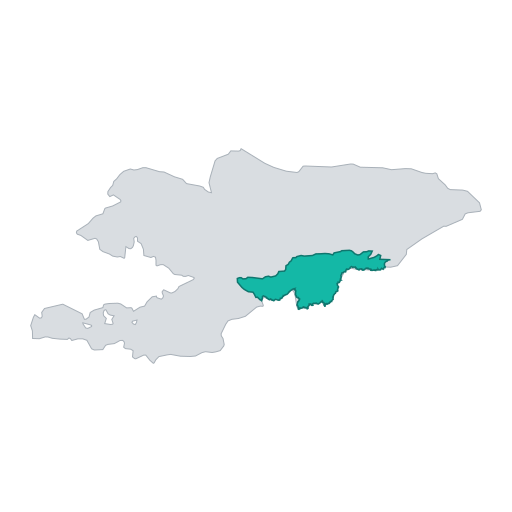 At-Bashy, Naryn, Kyrgyzstan shown in context
{"feature_id": "92254566B65067062849500", "entity_name": "At-Bashy", "entity_type": "district", "adm_level": 2, "iso_a3": "KGZ", "parent_name": "Kyrgyzstan", "parent_adm1": "Naryn", "projection": "orthographic", "projection_center": [76.301, 40.827], "detail": "fine", "context": "in_parent", "style": "filled", "palette": "teal", "viewbox_px": 512, "rotation_deg": 0, "n_neighbors": 0, "source": "geoboundaries", "source_scale": "gbopen_adm2", "svg_char_len": 9626}
<svg xmlns="http://www.w3.org/2000/svg" viewBox="0 0 512 512"><path d="M103.6,304.9L104.9,304.1L109.3,303.5L117.9,303.2L120.8,304.0L126.6,307.9L131.1,307.7L131.9,308.2L133.5,311.3L140.0,307.2L144.6,306.1L147.1,301.8L152.2,296.8L156.4,296.1L156.5,297.0L157.2,297.8L161.4,299.2L162.8,297.9L163.5,296.0L162.2,292.8L162.2,291.6L163.7,289.8L170.3,292.9L171.8,293.0L175.0,291.5L177.9,288.7L179.0,286.5L193.1,279.7L194.2,278.4L194.0,277.5L188.3,275.5L185.6,276.4L183.2,276.3L181.8,275.2L174.8,274.5L173.3,273.7L168.8,268.2L163.2,264.6L160.4,264.7L157.0,265.9L156.0,265.2L156.0,260.2L155.5,257.2L153.5,256.4L150.9,257.5L143.9,255.5L143.4,249.2L141.1,243.6L137.5,241.2L137.5,237.8L136.3,236.4L135.2,236.7L133.7,238.3L134.2,242.0L133.4,245.6L132.5,247.4L130.8,248.7L129.0,248.6L125.9,246.6L124.7,257.7L124.1,258.3L120.3,256.5L117.3,257.0L112.7,256.1L109.4,254.0L102.9,251.6L99.8,249.3L98.4,241.8L96.7,239.0L95.0,238.3L87.8,240.4L80.8,235.4L77.3,234.2L76.4,232.8L76.7,231.1L88.3,223.6L93.0,218.2L95.9,215.9L102.9,213.8L104.8,208.7L105.4,208.1L112.6,206.0L120.7,201.9L120.9,200.7L120.2,199.5L113.4,194.9L109.8,196.6L107.8,194.1L107.9,191.6L110.6,187.5L112.7,185.4L113.8,181.4L116.7,178.8L119.9,174.6L123.7,171.3L130.3,169.0L133.9,170.0L137.4,169.6L142.8,167.7L146.0,167.7L159.5,171.7L164.0,172.0L174.4,176.8L182.6,179.3L186.5,183.6L199.7,186.0L203.3,187.3L204.6,189.4L208.3,192.0L211.5,192.7L209.0,182.7L210.3,176.8L215.1,160.8L217.3,158.4L228.3,154.2L230.8,150.9L238.6,151.1L240.2,150.6L241.1,148.7L264.8,163.3L273.8,167.4L286.3,171.2L297.0,172.5L298.8,171.7L303.1,166.2L305.1,166.0L331.6,167.0L350.5,164.0L353.2,164.1L360.3,167.2L382.7,167.8L391.5,169.7L405.4,168.6L411.3,168.8L421.9,172.5L425.7,173.3L432.6,173.7L435.2,172.9L436.8,173.8L438.4,178.7L445.2,184.9L447.7,188.3L450.2,189.6L462.7,190.1L467.5,191.3L479.5,202.8L481.3,209.8L480.1,211.3L467.9,212.8L465.2,213.9L462.4,219.3L446.2,226.3L443.7,226.2L421.9,238.9L406.8,249.5L406.3,254.4L397.5,265.7L390.7,267.2L385.0,267.0L375.5,270.5L363.4,269.5L359.2,269.8L351.2,268.3L348.0,269.1L344.6,271.4L340.0,280.3L338.1,282.4L337.2,284.4L336.5,288.7L334.7,293.3L330.7,300.2L327.3,303.5L324.1,305.5L321.6,301.3L317.4,304.2L313.5,303.6L311.1,304.4L305.7,308.1L297.7,307.9L296.8,306.6L295.3,296.5L293.9,291.7L292.8,290.6L291.4,290.5L279.8,298.3L274.5,299.7L270.1,299.9L264.4,297.4L263.2,298.0L262.2,299.2L261.7,300.9L263.3,305.4L262.9,306.3L260.3,306.1L256.6,307.1L245.4,316.3L238.4,318.5L231.9,319.3L228.0,320.9L225.7,324.3L221.1,333.8L221.3,335.9L223.0,338.5L224.2,344.4L223.8,345.9L220.2,350.6L215.7,351.9L212.1,352.5L205.5,351.7L202.0,352.6L195.5,356.0L190.2,356.5L180.4,356.2L170.7,354.4L167.5,354.8L158.9,356.6L155.8,359.8L154.1,362.9L153.3,363.3L149.9,360.3L145.8,355.1L143.7,355.1L135.8,358.8L134.6,358.6L132.5,356.9L133.1,350.7L130.7,349.2L125.4,348.6L123.7,347.2L124.5,343.1L124.0,341.6L122.7,340.4L120.0,340.5L114.3,343.6L107.9,344.4L105.6,345.3L102.8,349.6L94.3,350.0L91.6,348.8L86.9,340.3L82.6,338.8L78.0,338.8L71.8,340.5L70.4,338.6L68.9,338.0L67.4,339.4L59.9,339.1L52.3,338.3L48.0,337.0L45.2,336.9L39.4,338.7L32.6,338.5L32.4,330.9L30.7,325.6L33.4,317.3L34.8,314.7L39.7,318.2L41.5,317.8L42.2,316.2L41.7,312.4L44.5,308.5L62.8,304.2L82.1,313.8L84.4,319.3L86.1,319.2L89.0,317.0L90.2,312.5L94.2,310.1L102.9,307.6L103.6,304.9ZM112.7,324.2L113.1,323.4L111.8,319.4L114.1,315.8L110.1,315.0L108.1,313.8L106.0,309.9L105.2,309.7L104.0,310.6L103.2,313.0L103.6,315.7L106.3,318.4L104.7,323.6L110.6,324.5L112.7,324.2ZM91.6,326.5L91.6,325.4L90.2,324.8L82.8,322.8L83.0,323.9L85.7,328.0L87.8,328.4L91.6,326.5ZM136.5,322.4L137.0,320.0L132.5,321.2L131.9,322.3L133.4,324.0L135.3,324.6L136.5,322.4Z" fill="#d9dde1" stroke="#a8b0b8" stroke-width="1"/><path d="M237.5,282.2L241.9,287.4L244.1,289.3L248.3,291.7L253.0,292.2L254.3,294.2L255.9,297.4L257.4,297.2L260.2,299.9L261.0,300.2L262.2,301.3L261.5,300.5L261.5,300.2L261.2,299.6L261.3,299.4L261.7,299.5L262.1,299.4L262.2,298.9L262.3,298.7L262.2,298.4L262.5,297.6L262.4,297.2L262.4,296.7L263.3,295.8L264.5,296.4L265.0,296.4L265.7,297.0L266.3,297.2L266.7,297.5L266.6,297.8L267.0,298.2L268.1,298.7L268.2,299.0L268.9,299.5L269.2,299.5L269.4,299.7L270.7,298.9L271.1,299.5L271.4,299.8L271.7,299.7L271.8,299.9L272.1,300.2L272.4,300.0L273.0,300.4L273.4,300.3L273.6,300.7L274.1,300.6L274.3,300.1L274.6,300.0L275.0,299.5L275.7,299.3L276.0,299.6L276.9,299.6L277.5,300.0L278.2,300.1L278.4,300.2L278.7,300.0L279.1,300.2L279.7,300.1L279.7,299.4L280.6,298.8L280.5,298.3L281.2,298.3L281.4,298.4L282.4,297.7L282.4,297.4L282.2,297.3L282.4,297.0L282.9,296.4L283.5,296.2L283.4,295.6L283.9,295.7L284.1,295.4L284.5,295.3L285.3,294.7L285.6,294.9L285.9,294.6L286.7,294.5L287.0,294.3L287.6,293.8L288.1,293.1L288.4,293.0L288.8,292.4L289.0,291.8L289.6,291.7L290.0,291.0L291.2,290.1L291.7,290.0L291.9,289.6L292.8,289.1L293.3,289.1L294.0,288.6L294.4,288.6L294.5,288.7L294.8,288.6L294.5,289.1L294.6,289.3L294.5,289.6L295.1,289.6L295.3,289.8L295.1,290.2L295.3,290.3L295.4,290.5L295.8,290.8L295.9,291.0L295.6,291.5L295.5,292.2L295.6,293.4L295.5,294.0L295.5,294.9L296.3,295.9L296.1,296.2L296.5,297.1L296.9,297.2L297.3,297.6L297.7,297.4L298.2,297.5L298.1,297.9L298.4,298.2L298.7,298.2L299.6,298.9L299.4,299.3L299.5,299.5L298.9,300.0L299.1,300.5L298.7,301.0L298.3,301.2L298.3,301.5L297.8,301.7L297.7,302.4L297.4,303.0L297.4,304.0L297.0,304.8L297.1,305.3L297.8,305.8L297.8,306.2L298.0,306.4L298.1,306.6L298.0,307.1L298.3,307.4L298.4,307.5L298.6,308.0L298.3,308.2L298.2,308.6L298.3,308.8L298.3,309.1L298.6,309.3L298.9,309.3L299.0,309.0L299.2,308.9L299.4,308.9L299.5,308.7L299.5,308.4L300.0,307.9L300.1,308.0L300.3,308.5L300.8,308.1L301.8,308.2L302.3,307.7L302.9,307.5L302.9,307.4L303.0,307.3L303.2,306.9L303.8,306.8L304.1,307.5L304.8,307.7L305.4,307.5L305.6,307.7L306.0,307.6L306.2,308.0L306.6,307.9L306.8,308.1L307.2,308.2L307.3,308.8L307.7,308.6L307.8,308.4L308.1,308.2L308.0,307.9L308.1,307.6L307.8,307.1L307.8,306.6L308.0,306.4L308.6,306.0L308.7,305.8L308.7,305.6L309.3,305.0L309.3,304.7L309.1,304.5L309.1,304.2L309.4,304.3L309.9,303.9L310.3,304.0L310.6,303.9L310.8,304.1L310.8,304.5L311.1,304.6L311.4,304.9L311.5,305.3L311.8,305.4L312.9,305.3L312.7,304.4L312.5,304.1L312.5,303.9L313.0,303.5L313.5,303.5L313.8,303.2L314.6,303.3L314.9,303.5L315.9,303.1L316.4,303.1L316.8,303.5L317.1,303.5L317.9,303.9L318.5,304.0L319.0,303.5L319.5,303.3L319.9,302.9L320.3,302.7L320.5,302.1L321.3,302.0L321.4,301.7L321.8,301.6L322.2,300.8L322.7,301.3L322.4,302.2L323.1,302.6L323.8,302.6L323.9,303.2L324.4,303.6L324.0,304.8L324.3,305.0L324.7,306.2L324.9,306.2L325.1,306.1L324.9,305.6L325.1,305.3L325.5,304.9L325.6,304.3L326.0,303.6L326.6,303.5L326.6,304.1L327.5,304.1L327.8,303.7L328.3,303.7L329.0,303.5L329.4,303.2L329.2,302.9L329.6,302.7L329.7,302.2L330.0,302.0L330.4,302.1L330.6,301.8L330.7,301.5L331.7,301.5L331.8,300.5L333.1,299.4L333.0,299.0L333.1,298.9L333.0,298.2L333.2,297.3L332.8,297.0L333.6,295.8L333.5,295.4L333.8,294.7L334.3,294.3L334.5,293.9L335.4,293.3L335.5,292.8L335.8,292.6L335.8,291.9L336.1,291.5L336.7,291.3L337.1,291.4L337.5,291.0L337.8,290.9L337.8,290.2L337.5,289.5L337.6,289.1L338.0,288.7L337.8,287.8L338.4,287.3L338.6,287.0L338.2,286.2L337.6,285.7L337.4,285.3L337.5,284.8L337.3,284.6L337.2,284.0L337.4,283.6L337.2,283.4L338.3,282.7L338.3,282.2L339.0,282.6L339.5,282.2L339.8,281.5L340.1,281.0L340.0,280.8L340.1,280.6L340.8,280.3L340.5,280.2L340.3,279.6L340.4,279.0L340.9,278.9L340.9,278.7L340.6,278.4L341.2,277.2L341.2,276.8L341.2,276.3L340.9,276.1L340.8,275.8L341.0,275.5L341.1,275.0L341.8,274.1L341.7,273.6L341.8,273.0L342.2,273.0L342.8,272.6L343.3,272.6L343.5,272.2L344.3,271.7L345.2,271.7L345.5,271.9L345.8,271.7L345.6,270.7L346.4,269.6L346.3,269.3L346.5,269.1L347.0,269.0L347.4,269.5L347.9,269.5L348.8,269.1L349.9,268.3L349.9,268.0L350.1,267.9L350.3,267.3L351.6,266.5L352.3,266.9L352.3,267.2L352.5,267.3L353.1,267.3L353.4,267.0L354.6,267.2L355.3,267.0L355.4,267.4L355.8,267.5L356.1,267.8L355.9,268.3L356.6,268.9L357.5,269.0L357.6,269.3L358.5,269.6L358.6,269.8L359.3,269.8L359.4,269.1L360.2,269.1L361.1,268.7L361.8,269.0L361.6,269.4L361.7,269.6L362.5,269.6L362.4,269.8L362.5,270.1L363.1,270.2L364.4,269.8L364.5,269.7L364.5,269.3L366.1,268.4L366.2,268.1L366.5,268.2L367.0,268.1L367.1,268.5L367.3,268.7L368.0,268.4L368.1,268.2L368.4,268.2L368.6,268.4L368.5,268.6L368.6,268.8L368.9,268.8L369.1,268.9L369.2,269.1L370.9,269.1L371.1,269.3L370.8,269.7L370.8,270.1L370.8,270.3L371.3,270.4L372.3,270.3L372.6,270.4L373.2,270.1L373.8,270.2L374.2,269.9L374.8,270.4L375.6,270.5L375.6,270.0L375.7,269.9L376.1,270.0L376.4,269.7L376.7,269.6L376.9,269.9L377.3,270.0L377.6,269.7L378.1,269.5L378.1,269.3L378.4,269.8L378.7,270.0L379.8,269.9L380.0,269.7L380.4,269.8L380.4,269.5L380.6,269.3L380.8,269.3L381.1,269.0L381.5,268.9L381.6,268.4L383.0,269.2L383.1,268.9L383.5,268.9L383.5,268.4L384.2,267.4L384.9,267.7L385.3,266.8L384.6,265.9L384.4,264.6L384.5,264.4L384.4,264.1L384.5,263.4L385.2,262.2L385.9,261.6L387.2,261.1L387.5,260.8L387.7,260.4L388.3,260.1L389.2,259.8L389.6,259.9L390.4,259.7L379.8,259.3L380.7,255.5L378.4,254.5L377.1,255.7L374.1,257.4L368.3,259.0L368.2,256.8L370.7,254.4L372.2,251.1L368.7,250.9L366.8,251.7L363.4,251.9L360.0,254.6L357.8,255.0L354.8,253.8L352.8,251.8L351.4,250.8L349.4,250.3L341.8,250.7L340.4,251.6L334.1,252.9L332.8,254.9L329.0,253.8L325.0,253.5L320.5,253.8L315.9,253.9L312.5,255.5L304.3,256.1L301.1,255.5L296.8,256.6L295.9,257.6L293.2,257.7L292.7,257.9L291.1,260.9L289.4,262.2L288.2,264.4L286.0,265.7L285.7,269.5L284.5,271.1L278.8,271.5L277.8,273.8L275.7,275.9L270.8,277.1L268.5,276.2L265.4,276.8L262.5,278.8L252.3,277.5L247.8,277.3L246.0,278.7L242.9,278.9L241.2,277.7L239.4,277.7L237.3,278.5L237.5,282.2Z" fill="#14b8a6" stroke="#0f766e" stroke-width="1.5"/></svg>